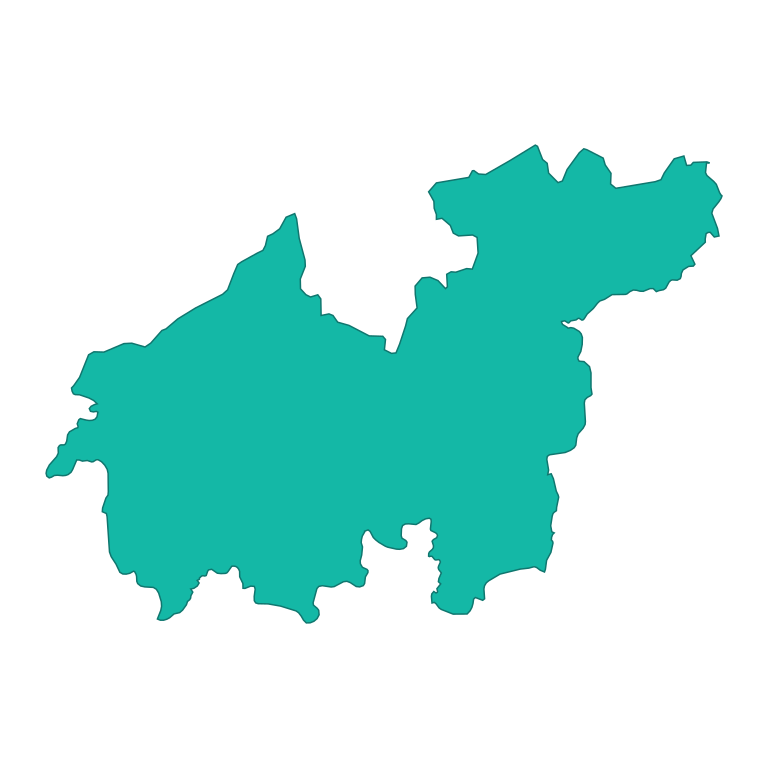 outline of Sikasso
{"feature_id": "MLI-2794", "entity_name": "Sikasso", "entity_type": "Region", "adm_level": 1, "iso_a3": "MLI", "parent_name": "Mali", "parent_adm1": "", "projection": "robinson", "projection_center": [-6.512, 11.478], "detail": "fine", "context": "isolated", "style": "filled", "palette": "teal", "viewbox_px": 768, "rotation_deg": 0, "n_neighbors": 0, "source": "natural_earth", "source_scale": "10m", "svg_char_len": 6071}
<svg xmlns="http://www.w3.org/2000/svg" viewBox="0 0 768 768"><path d="M709.7,162.9L708.1,163.1L707.0,162.8L706.5,163.3L705.5,172.6L706.9,175.5L713.7,181.4L716.3,184.3L719.6,192.7L721.0,195.0L721.9,195.6L721.9,196.3L720.9,198.7L718.7,202.0L713.1,208.9L711.8,213.2L717.5,228.4L719.0,236.0L714.3,237.0L710.2,232.3L707.9,232.5L706.1,233.7L705.2,239.1L705.3,242.2L690.9,255.7L694.9,264.2L693.3,266.1L688.6,266.4L683.0,269.9L681.4,273.4L681.1,276.3L680.3,278.6L677.2,280.2L672.4,279.9L670.8,280.4L669.1,282.0L665.7,288.2L663.5,289.7L659.0,290.6L656.3,291.6L653.3,288.6L650.0,288.6L643.3,291.3L640.1,291.2L636.7,290.3L633.3,290.0L629.9,291.6L627.0,293.9L625.4,294.4L612.1,294.6L604.6,299.3L599.8,301.0L597.5,303.2L593.3,308.5L587.2,314.0L584.1,318.9L583.0,319.9L581.9,320.1L579.1,318.3L578.1,318.4L576.1,319.9L570.7,320.9L569.0,322.7L568.2,323.0L564.7,320.8L561.5,321.5L561.6,322.4L562.5,324.4L567.5,327.5L568.1,328.2L570.8,327.6L573.8,328.2L579.3,331.5L581.2,333.9L582.4,337.5L582.2,344.5L580.8,351.5L577.9,357.1L578.0,359.2L579.2,361.2L584.0,361.6L589.5,366.6L591.0,372.9L591.0,387.7L592.0,394.1L590.7,395.6L587.3,397.4L584.9,399.8L584.3,403.0L585.4,421.6L585.1,424.5L583.1,428.2L578.2,433.8L576.7,437.9L575.8,445.2L574.2,447.7L570.5,450.3L565.2,452.5L549.5,454.8L547.3,456.4L546.8,459.3L548.6,470.1L547.7,474.7L551.2,473.8L553.4,478.7L556.3,491.2L558.1,495.0L558.7,497.1L556.6,507.4L556.4,510.7L554.1,512.3L553.0,513.6L552.2,516.2L550.7,525.8L551.8,531.8L554.2,532.9L552.6,534.5L551.6,537.3L551.4,540.1L552.6,541.3L553.0,543.0L550.9,552.4L546.6,560.3L545.4,569.4L544.5,572.0L540.2,570.2L536.8,567.6L534.8,566.8L533.3,566.9L528.9,568.1L520.2,569.1L500.0,574.1L488.7,580.8L486.3,582.8L484.5,585.8L483.9,589.0L484.6,598.8L482.7,600.3L475.4,597.5L473.6,599.1L473.0,603.5L471.9,607.4L470.1,610.8L467.1,614.0L453.1,614.1L441.2,609.4L439.1,607.9L436.0,603.7L434.3,602.4L432.0,603.0L431.4,596.3L431.8,593.9L433.8,591.5L436.0,593.0L437.3,592.4L437.6,591.5L436.9,588.7L440.7,583.9L438.4,581.7L438.9,578.5L441.3,572.9L438.7,569.5L438.2,567.8L438.5,566.3L440.4,562.0L439.7,560.3L438.8,559.6L435.8,560.0L434.7,559.6L432.1,556.4L430.7,556.2L429.4,556.6L428.6,556.2L428.7,553.5L429.4,552.0L432.3,549.4L433.3,547.9L433.5,545.8L432.1,541.2L433.4,539.6L436.7,537.7L437.5,535.5L437.0,534.1L435.6,532.8L430.9,530.5L430.4,529.1L431.2,521.7L431.0,519.3L429.4,518.2L425.7,518.8L422.0,520.6L419.0,522.9L416.0,524.5L408.7,523.8L405.3,524.0L402.6,525.5L401.5,528.7L401.2,535.7L402.0,538.2L405.8,540.5L407.0,542.2L406.4,546.3L403.5,548.6L399.6,549.3L396.3,549.1L387.8,547.2L385.3,546.2L378.9,542.4L375.7,539.9L373.3,537.5L370.1,531.4L368.1,529.9L364.6,531.2L364.8,531.7L362.3,536.1L361.5,539.4L361.2,542.7L362.5,546.9L361.7,555.0L360.2,560.8L360.4,563.8L362.4,567.3L367.0,569.4L368.0,570.7L367.9,572.6L365.4,576.9L364.6,583.5L363.3,585.6L359.7,586.9L356.2,586.5L350.3,582.6L346.9,581.3L343.5,581.7L334.2,586.6L331.2,587.0L322.3,585.7L318.8,586.4L316.9,588.6L313.1,602.8L313.5,605.2L317.2,608.3L318.7,610.3L319.1,614.8L317.1,618.6L313.9,621.3L310.2,622.8L306.3,622.9L303.5,620.1L301.2,616.1L298.6,612.7L296.0,610.9L280.6,606.1L268.1,603.9L258.2,603.7L255.7,602.9L254.3,600.7L254.2,596.4L255.2,589.1L254.3,586.4L250.7,586.1L245.0,588.4L243.0,588.3L242.9,583.5L239.7,576.8L239.6,571.3L238.7,569.2L237.4,567.5L235.9,566.5L234.0,566.1L231.8,566.2L228.0,571.6L226.8,572.9L225.4,573.4L221.0,573.6L217.3,573.2L211.7,569.3L208.5,569.9L207.6,571.4L206.2,575.5L204.8,576.0L202.9,575.7L201.5,576.1L199.4,578.1L199.4,579.3L197.2,580.4L199.1,583.0L197.3,586.0L193.9,588.3L190.7,589.0L192.8,592.1L190.9,595.7L190.6,598.2L189.7,599.7L187.5,601.5L186.4,604.8L182.6,610.1L179.7,612.6L174.1,613.9L169.7,617.7L166.9,619.2L163.6,620.2L160.3,620.2L157.4,619.0L160.8,610.4L161.6,606.3L161.3,601.7L158.7,593.1L156.4,589.3L153.3,587.4L144.8,586.9L140.7,586.0L137.7,583.6L136.8,581.3L136.6,576.6L136.1,574.4L134.6,571.6L133.5,571.2L129.8,573.3L126.2,574.1L122.8,574.0L119.9,572.3L116.0,564.1L111.2,556.7L109.5,552.0L107.1,516.7L106.4,513.5L102.3,511.7L102.6,508.0L105.9,498.1L108.0,495.1L108.3,491.8L108.1,473.3L107.2,469.3L104.8,465.2L101.5,461.7L98.1,459.7L96.2,459.8L93.2,461.7L91.6,461.9L87.3,460.5L82.4,461.1L79.3,460.0L76.7,460.0L72.6,469.6L71.0,472.3L68.2,474.5L65.7,475.4L62.9,475.7L57.4,475.2L54.3,475.5L51.6,477.1L49.2,477.9L46.8,476.1L46.1,473.3L46.7,470.1L49.4,464.9L56.6,456.7L58.3,453.1L58.1,447.6L59.5,445.5L60.8,444.9L64.0,444.9L65.4,444.1L66.7,441.2L67.6,434.9L69.5,431.8L75.2,428.5L77.8,427.7L78.1,426.4L77.2,423.8L78.8,419.8L80.3,418.6L86.3,420.1L89.1,420.5L92.3,420.3L95.1,419.2L97.0,416.8L97.9,412.2L96.3,411.4L93.4,411.9L90.5,411.3L89.3,408.6L91.1,406.3L94.4,404.6L97.2,403.8L93.7,400.5L89.0,398.0L79.6,394.8L75.2,394.6L73.4,393.8L72.1,391.2L71.5,388.0L73.7,385.7L79.6,377.3L88.6,354.8L93.9,351.8L103.9,352.1L123.9,343.6L131.8,343.2L145.0,347.0L150.7,343.2L161.9,330.5L166.0,328.9L177.8,318.9L195.7,307.9L222.6,294.3L227.6,289.8L233.8,273.6L237.7,264.5L241.6,261.8L257.3,253.1L262.9,250.4L265.4,245.6L267.6,236.3L272.9,233.8L279.7,228.8L286.1,217.2L294.7,213.6L296.6,218.8L299.2,238.3L305.0,260.0L305.3,266.3L300.3,279.0L300.5,288.8L305.9,294.7L310.5,297.0L317.8,294.8L320.8,298.9L321.1,315.5L329.0,313.9L333.0,315.5L337.7,322.2L349.0,325.4L369.2,335.9L382.8,336.3L385.5,339.5L384.4,349.8L391.5,353.4L396.0,352.9L399.6,344.1L405.6,325.9L407.4,318.6L417.1,307.9L415.3,294.5L415.1,286.1L422.1,277.9L430.0,277.2L438.0,280.6L445.5,288.6L447.4,286.8L446.7,274.3L451.1,271.8L455.8,272.2L466.6,268.6L472.3,269.1L478.1,253.1L477.1,237.4L472.6,235.0L458.5,235.9L453.3,233.1L450.3,225.4L442.0,218.3L436.4,219.3L436.4,214.5L434.2,208.3L433.9,201.3L428.6,191.8L436.4,182.9L468.8,177.4L472.4,170.8L473.9,170.6L478.6,174.0L485.7,174.5L509.6,160.8L535.3,145.1L537.5,146.3L542.6,159.5L547.2,163.3L548.6,173.1L558.0,182.6L562.4,181.0L567.1,169.5L579.4,152.6L583.8,148.8L586.8,149.7L603.2,158.1L605.2,164.9L611.0,173.3L610.6,184.0L615.8,188.3L655.2,181.7L661.0,179.7L664.3,172.9L674.2,158.8L683.9,156.0L686.6,165.4L690.8,165.2L693.3,162.4L706.9,161.9L709.7,162.9Z" fill="#14b8a6" stroke="#0f766e" stroke-width="1.5"/></svg>